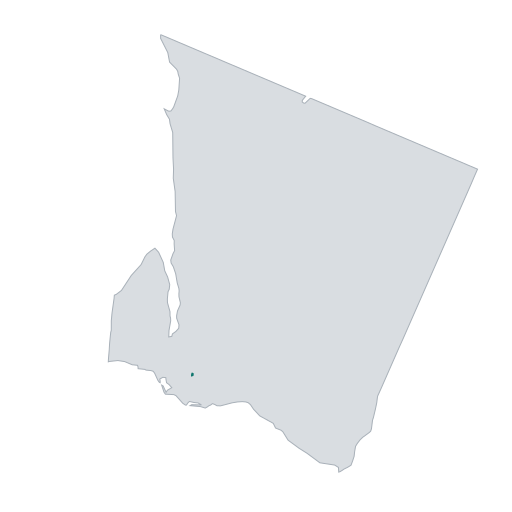 Mit Ghamr, Ad Daqahliyah, Egypt (highlighted), rotated 203°
{"feature_id": "37247803B10909701940084", "entity_name": "Mit Ghamr", "entity_type": "district", "adm_level": 2, "iso_a3": "EGY", "parent_name": "Egypt", "parent_adm1": "Ad Daqahliyah", "projection": "natural_earth1", "projection_center": [31.269, 30.712], "detail": "fine", "context": "in_parent", "style": "filled", "palette": "teal", "viewbox_px": 512, "rotation_deg": 203, "n_neighbors": 0, "source": "geoboundaries", "source_scale": "gbopen_adm2", "svg_char_len": 3529}
<svg xmlns="http://www.w3.org/2000/svg" viewBox="0 0 512 512"><g transform="rotate(203 256 256)"><path d="M430.0,422.5L420.5,422.5L411.0,422.5L401.6,422.5L392.1,422.5L382.6,422.5L373.1,422.5L363.6,422.5L354.1,422.5L344.6,422.5L335.1,422.5L325.6,422.5L316.1,422.5L306.6,422.5L297.1,422.5L287.6,422.5L278.1,422.5L272.7,422.5L273.6,419.5L274.2,417.3L273.6,415.8L271.7,415.4L270.5,415.9L267.7,422.3L266.2,422.6L262.8,422.6L251.8,422.6L240.7,422.6L229.7,422.6L218.6,422.6L207.6,422.6L196.5,422.5L185.5,422.5L174.4,422.5L163.3,422.5L152.3,422.5L141.2,422.5L130.2,422.5L119.1,422.5L108.1,422.5L97.0,422.5L86.0,422.5L86.1,414.8L86.1,407.1L86.2,399.3L86.3,391.6L86.4,383.8L86.5,376.1L86.6,368.4L86.7,360.6L86.8,352.9L86.9,345.1L87.0,337.4L87.1,329.7L87.2,321.9L87.3,314.2L87.4,306.4L87.5,298.7L87.6,290.9L87.7,283.2L87.8,275.5L87.9,267.7L88.0,260.0L88.1,252.2L88.2,244.5L88.3,236.7L88.5,229.0L88.6,221.2L88.7,213.5L88.8,205.7L88.9,198.0L89.0,190.2L89.1,182.5L89.3,174.7L89.0,173.3L87.5,168.0L86.2,161.4L84.8,153.1L84.6,150.5L82.2,142.0L82.0,139.6L82.7,137.9L87.0,130.7L88.4,127.3L89.5,123.1L90.0,119.7L88.8,114.6L87.4,109.9L87.0,105.2L86.8,100.5L89.1,97.3L91.7,94.3L92.8,92.5L94.3,90.4L95.4,89.4L97.5,93.6L101.9,94.3L116.4,90.6L132.2,94.4L141.0,95.8L154.5,99.0L162.6,104.7L164.9,105.4L170.8,105.3L174.7,108.7L190.1,110.3L198.4,114.0L203.0,117.0L205.8,117.9L208.3,117.7L211.7,116.6L215.9,114.5L220.5,111.6L230.1,104.2L233.5,102.9L235.7,103.2L238.4,103.1L239.5,101.1L240.9,99.7L241.8,98.1L243.3,96.2L248.2,95.7L258.2,92.5L257.1,94.0L248.0,97.6L251.9,98.1L255.9,96.9L260.4,96.1L261.2,94.5L261.8,91.6L262.7,91.2L265.8,91.8L275.1,96.2L277.5,96.3L284.0,93.9L285.4,93.4L287.5,94.7L292.4,100.3L290.7,100.1L285.5,95.4L285.1,97.8L282.1,101.9L285.8,103.7L288.8,104.4L290.4,106.8L291.5,108.8L294.4,107.9L296.5,105.1L295.4,103.5L294.7,101.9L295.6,101.9L297.7,103.2L303.6,108.6L305.6,109.7L307.9,109.5L312.7,108.0L314.0,108.2L320.5,106.2L321.2,107.7L322.3,109.1L327.5,107.5L335.6,107.5L342.3,105.8L350.0,101.5L350.6,100.9L351.0,101.9L352.0,104.8L354.4,112.2L356.5,118.0L359.0,126.0L359.9,129.0L360.2,131.1L363.9,139.9L366.2,147.1L367.8,153.0L370.1,161.6L371.1,164.6L369.6,166.1L366.4,171.7L363.2,189.4L358.4,203.2L357.9,211.9L357.2,215.0L354.9,219.4L352.1,223.7L347.1,221.4L338.9,213.9L334.2,206.7L329.1,202.1L324.2,195.9L322.9,191.5L323.0,188.7L320.8,181.8L319.3,178.5L313.4,171.1L311.7,167.2L310.4,165.5L309.2,163.0L307.0,153.5L304.7,147.4L302.1,149.1L302.5,151.6L300.3,155.2L298.9,159.3L300.0,162.6L304.7,167.7L305.7,169.9L306.8,174.7L306.7,181.3L307.4,183.5L311.0,188.4L312.3,191.3L313.1,193.8L314.3,196.0L317.9,200.3L323.0,208.3L327.9,213.8L331.4,216.4L332.9,219.0L333.3,225.8L333.0,229.1L336.1,235.2L337.3,238.3L340.3,240.8L341.7,243.6L342.9,248.3L344.9,262.1L347.5,265.5L355.6,283.7L362.5,295.2L365.8,303.7L370.9,314.2L380.9,337.1L386.8,344.2L389.1,348.1L393.4,351.2L398.0,355.6L393.6,355.2L392.5,355.4L391.0,356.2L390.3,358.9L390.0,361.1L390.6,372.7L391.9,378.6L395.8,389.8L398.7,393.1L400.1,395.3L402.1,396.9L411.3,400.7L416.7,408.8L428.8,419.0L430.0,421.8L430.0,422.5Z" fill="#d9dde1" stroke="#a8b0b8" stroke-width="1"/><path d="M268.1,122.8L268.2,122.7L268.3,122.7L268.5,122.6L268.7,122.8L268.7,123.0L268.8,123.0L268.8,122.9L268.8,122.7L268.9,122.4L268.8,122.1L268.7,122.0L268.7,121.9L268.5,121.7L268.5,121.4L268.6,121.2L268.4,120.8L268.1,121.1L267.9,121.2L267.8,121.3L267.7,121.3L267.6,121.5L267.5,121.8L267.6,122.0L267.8,122.2L267.8,122.3L268.0,122.5L268.0,122.8L268.1,122.8Z" fill="#14b8a6" stroke="#0f766e" stroke-width="1.5"/></g></svg>